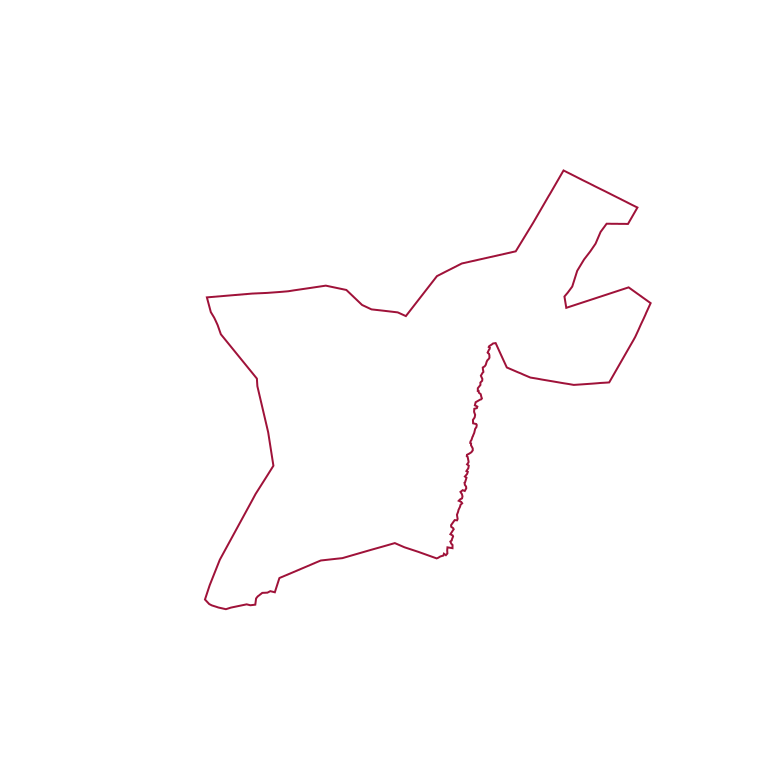 outline of Santa Cruz Tayata, Oaxaca, Mexico, rotated 29°
{"feature_id": "50627088B22135699876019", "entity_name": "Santa Cruz Tayata", "entity_type": "district", "adm_level": 2, "iso_a3": "MEX", "parent_name": "Mexico", "parent_adm1": "Oaxaca", "projection": "robinson", "projection_center": [-97.56, 17.376], "detail": "fine", "context": "isolated", "style": "outline", "palette": "rose", "viewbox_px": 768, "rotation_deg": 29, "n_neighbors": 0, "source": "geoboundaries", "source_scale": "gbopen_adm2", "svg_char_len": 3177}
<svg xmlns="http://www.w3.org/2000/svg" viewBox="0 0 768 768"><g transform="rotate(29 384 384)"><path d="M550.4,292.8L557.7,288.1L562.0,285.3L565.7,282.9L569.5,280.4L572.9,278.1L578.9,274.3L580.2,273.4L580.3,267.0L580.8,230.6L580.9,224.7L580.9,221.1L580.8,219.7L580.4,214.1L579.9,208.4L579.8,207.2L579.4,201.0L579.0,195.9L578.9,195.6L578.0,184.0L574.4,183.6L551.1,180.9L506.5,229.0L499.4,220.0L500.4,215.1L501.4,207.5L498.1,191.3L498.6,178.1L500.1,168.2L501.0,158.7L499.7,146.0L501.0,135.9L519.8,125.7L520.1,106.8L513.9,107.1L490.7,108.0L483.1,108.3L479.3,108.5L472.9,108.8L464.6,109.1L458.8,109.4L437.5,110.2L437.0,137.6L436.9,139.4L436.3,170.7L434.9,204.1L393.6,240.9L383.3,256.1L378.0,264.0L376.0,276.8L371.9,303.1L370.2,314.0L361.3,314.7L346.7,320.7L336.9,324.8L326.5,325.5L305.5,320.0L285.4,326.2L271.7,336.7L259.9,345.7L255.3,349.3L249.2,353.4L237.6,361.0L224.9,368.8L187.1,394.1L197.7,405.1L203.3,408.3L206.1,410.3L209.9,413.1L217.2,419.6L270.2,440.9L274.3,447.3L303.5,479.5L306.2,482.5L309.7,487.0L326.9,509.1L326.3,520.5L325.4,535.8L325.0,542.4L325.1,549.7L325.6,617.3L329.1,644.5L331.9,659.3L337.8,661.2L340.8,661.1L345.7,660.1L347.4,659.8L354.9,657.6L358.5,653.8L370.7,643.3L374.4,642.3L378.4,639.4L376.1,633.6L376.5,631.1L378.8,625.7L383.2,623.0L385.0,620.3L389.5,619.1L386.6,604.5L386.9,604.0L402.1,584.6L410.9,573.3L414.3,569.0L427.0,560.0L432.0,556.5L453.2,535.2L461.9,526.6L470.6,517.9L481.0,516.9L495.2,514.2L514.6,511.0L515.6,509.8L516.9,507.5L519.1,505.3L518.7,503.4L521.1,503.7L521.6,501.5L519.9,498.8L518.7,496.1L523.5,494.4L522.0,491.6L520.2,491.0L518.4,489.6L519.1,488.0L518.8,487.4L518.3,483.8L517.5,483.2L514.9,483.2L515.3,477.8L515.4,477.3L514.5,476.6L512.0,476.3L511.1,474.9L511.8,468.8L512.9,468.3L514.0,467.8L513.8,466.3L511.2,463.0L510.8,460.1L510.5,458.9L510.2,458.0L510.0,454.4L509.5,452.7L510.2,450.4L508.7,449.7L506.0,449.9L506.4,448.2L507.7,446.2L507.1,444.2L505.6,442.6L503.2,441.3L504.3,438.7L506.5,438.4L506.5,435.3L505.5,433.9L503.6,433.0L502.3,431.3L502.6,430.9L501.6,426.0L499.6,425.7L500.3,422.4L499.9,420.2L498.3,420.2L498.6,416.8L497.7,414.3L495.6,414.0L495.9,411.6L495.6,410.9L492.5,407.2L491.4,407.0L490.9,405.7L492.3,403.6L493.5,401.3L493.8,399.0L492.8,397.3L489.7,395.3L489.0,393.8L488.0,393.8L487.5,392.3L487.6,390.3L487.0,387.4L487.1,386.7L486.9,386.0L486.6,383.0L485.5,379.1L485.7,376.8L485.0,374.9L484.1,374.3L481.0,375.2L479.2,372.3L479.5,369.3L478.7,366.8L476.3,364.7L475.0,361.9L476.9,360.1L476.6,358.5L473.8,358.6L473.0,355.5L475.7,351.0L476.5,350.2L476.6,349.1L475.5,348.2L473.5,346.0L471.2,345.6L470.1,344.2L469.4,344.6L468.1,342.2L468.8,338.1L467.6,336.0L468.3,333.6L467.6,331.9L464.7,329.8L464.8,326.4L465.1,325.3L464.6,324.6L463.6,323.5L462.4,321.7L463.5,319.7L463.7,317.9L463.0,314.8L462.9,313.2L463.4,311.5L463.5,309.9L462.2,307.7L461.1,306.6L460.2,306.6L459.4,306.3L459.2,303.2L459.4,302.3L459.0,301.0L457.7,300.9L457.7,299.8L459.1,297.2L459.7,295.7L461.8,294.1L462.8,294.8L468.3,298.9L475.9,304.5L483.4,310.0L489.4,309.4L495.5,308.8L498.6,308.4L501.4,308.2L508.9,307.4L515.3,305.1L517.4,304.4L519.8,303.6L530.0,300.0L540.6,296.3L545.2,294.6L550.4,292.8Z" fill="none" stroke="#9f1239" stroke-width="2"/></g></svg>